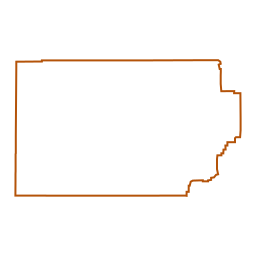 Millard, Utah, United States of America (Natural Earth projection)
{"feature_id": "52423323B41419597560614", "entity_name": "Millard", "entity_type": "district", "adm_level": 2, "iso_a3": "USA", "parent_name": "United States of America", "parent_adm1": "Utah", "projection": "natural_earth1", "projection_center": [-112.604, 39.063], "detail": "fine", "context": "isolated", "style": "outline", "palette": "amber", "viewbox_px": 256, "rotation_deg": 0, "n_neighbors": 0, "source": "geoboundaries", "source_scale": "gbopen_adm2", "svg_char_len": 887}
<svg xmlns="http://www.w3.org/2000/svg" viewBox="0 0 256 256"><path d="M240.6,130.3L240.6,118.3L240.4,93.2L234.1,93.2L234.2,91.1L221.3,91.2L220.7,83.9L220.7,81.6L220.7,75.2L220.8,72.0L220.8,69.0L219.7,69.0L218.7,64.6L220.7,63.8L220.3,61.7L218.2,60.2L203.0,60.2L143.6,60.4L41.9,60.4L41.9,61.5L16.3,61.7L16.3,67.6L15.8,135.9L15.8,153.4L15.7,153.7L15.6,153.9L15.6,171.2L15.5,174.0L15.5,181.2L15.4,195.6L110.5,195.7L126.4,195.7L175.5,195.6L185.3,195.6L186.6,195.8L186.6,191.8L188.7,191.8L188.7,185.7L189.7,185.7L190.7,181.7L192.8,180.6L202.8,180.3L202.8,181.3L208.0,181.3L208.0,180.4L211.1,179.9L211.1,177.8L214.0,177.4L216.1,174.8L218.1,174.3L217.0,169.2L217.0,159.1L217.4,155.3L221.4,155.3L221.4,153.3L223.3,153.4L223.5,149.6L225.6,149.5L225.4,145.5L227.4,145.5L227.4,142.2L235.0,142.2L235.0,138.2L236.0,137.2L240.1,137.2L240.6,130.3Z" fill="none" stroke="#b45309" stroke-width="2"/></svg>